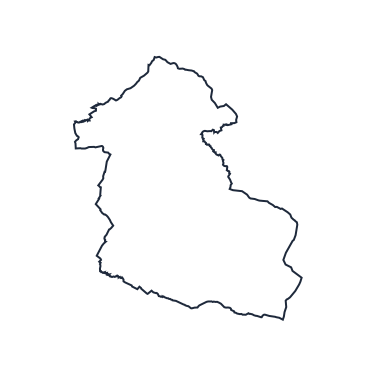 the district of Sinca, Brasov, Romania, rotated 294°
{"feature_id": "2599482B93620310031935", "entity_name": "Sinca", "entity_type": "district", "adm_level": 2, "iso_a3": "ROU", "parent_name": "Romania", "parent_adm1": "Brasov", "projection": "mercator", "projection_center": [25.18, 45.726], "detail": "fine", "context": "isolated", "style": "outline", "palette": "slate", "viewbox_px": 384, "rotation_deg": 294, "n_neighbors": 0, "source": "geoboundaries", "source_scale": "gbopen_adm2", "svg_char_len": 5899}
<svg xmlns="http://www.w3.org/2000/svg" viewBox="0 0 384 384"><g transform="rotate(294 192 192)"><path d="M205.0,301.5L207.0,300.1L207.4,298.2L207.8,297.6L208.1,295.9L209.0,293.3L211.4,290.9L212.4,287.6L213.5,280.9L212.6,279.9L212.9,275.5L212.1,274.1L213.0,271.1L213.4,266.7L214.2,264.8L211.7,257.5L211.4,256.1L211.1,252.1L209.9,248.1L210.1,246.6L212.0,243.4L213.1,237.4L210.3,228.6L210.1,225.2L212.3,225.1L214.0,224.5L215.9,224.9L216.6,223.9L218.8,221.7L220.6,218.9L221.3,218.8L224.1,219.3L224.4,218.2L225.6,218.0L226.1,217.2L225.8,216.3L226.1,214.9L227.1,214.8L227.8,214.4L229.1,214.1L229.7,213.6L229.7,213.0L229.3,212.3L228.9,210.9L229.5,209.2L231.3,209.0L233.0,207.5L234.0,207.7L234.3,206.5L235.5,205.8L236.5,203.7L237.3,202.9L237.5,202.2L237.3,201.8L236.2,201.4L236.2,199.1L237.1,197.3L237.8,197.4L237.5,195.9L237.8,194.9L238.7,195.2L239.2,194.9L238.9,194.2L239.5,192.8L240.2,192.1L240.4,191.1L241.4,190.3L241.2,189.5L242.3,188.5L242.2,187.9L241.7,187.6L241.3,186.3L241.7,186.0L241.5,185.2L242.6,184.7L242.7,183.9L243.3,182.9L242.9,181.7L244.0,181.5L244.4,180.8L245.4,181.0L245.8,179.3L248.2,178.5L248.7,178.0L248.6,177.5L249.2,177.4L248.9,176.9L251.4,177.3L252.6,178.2L253.1,178.9L253.7,181.3L255.1,183.9L255.4,184.9L257.4,185.7L257.4,186.9L255.5,188.0L255.9,188.1L256.8,189.9L256.8,190.5L256.4,191.5L258.9,192.3L260.3,193.8L262.6,192.1L263.4,193.0L265.0,193.4L265.3,193.9L266.4,193.5L267.0,195.2L267.7,195.6L267.8,196.2L267.3,196.4L267.6,197.4L270.5,201.2L270.0,199.8L270.7,199.6L272.1,202.6L273.8,204.2L275.8,203.0L279.3,202.5L281.2,200.4L283.6,195.3L286.0,187.4L283.5,186.1L281.5,183.0L279.4,181.3L282.6,176.7L284.3,172.5L286.6,170.7L293.3,169.0L294.4,167.8L295.6,163.1L296.0,162.2L297.6,160.2L298.8,159.3L299.2,157.7L301.3,155.3L301.4,153.4L300.7,151.6L300.8,150.6L302.2,148.6L302.6,145.5L303.1,144.8L302.8,142.2L301.9,139.4L301.3,136.8L300.9,136.0L301.2,135.4L301.0,133.4L299.4,130.3L299.3,128.8L300.6,127.8L302.1,125.8L302.5,124.8L302.6,123.7L302.2,122.5L300.3,120.3L300.6,116.8L301.9,113.9L301.5,111.5L302.2,107.3L301.6,106.2L300.3,104.6L300.1,103.0L297.1,103.3L295.1,102.3L293.5,102.3L290.5,101.6L290.4,100.6L284.3,103.0L282.9,102.8L278.7,100.8L275.3,98.3L272.2,98.2L269.7,97.1L268.7,97.0L265.6,95.9L261.8,93.6L259.3,90.7L257.1,89.5L253.3,88.9L251.2,88.1L250.7,88.8L249.7,88.7L248.4,87.7L245.9,86.4L244.7,85.3L245.1,82.2L245.0,80.5L244.7,79.7L244.1,79.3L242.7,79.2L241.6,78.6L240.6,78.7L238.3,76.8L236.6,76.0L235.6,74.8L235.4,73.4L235.2,73.2L235.3,72.5L234.8,72.1L234.7,71.6L234.2,71.8L234.0,71.5L234.3,70.8L233.6,71.1L232.6,70.3L233.3,70.2L233.2,69.8L232.5,69.5L232.3,69.0L231.7,69.1L231.7,68.7L231.4,68.6L231.2,68.1L228.2,66.1L228.2,66.8L228.9,68.7L229.0,70.4L227.2,71.2L225.8,69.7L221.2,66.7L219.5,69.9L218.5,69.0L217.0,68.5L216.3,68.7L215.7,69.3L215.2,68.2L214.8,68.0L215.5,67.7L215.6,67.0L214.9,66.7L214.6,65.8L213.7,65.7L213.5,65.2L213.7,64.7L212.7,64.6L212.6,64.0L212.8,63.5L212.4,63.4L211.8,63.8L211.4,63.2L211.7,62.5L211.9,62.4L211.6,62.1L210.8,62.4L210.5,61.9L210.4,61.1L209.4,60.5L209.1,59.4L209.3,59.0L209.0,58.1L209.4,57.2L208.9,56.5L208.6,57.0L207.8,57.2L205.7,56.7L202.2,58.7L198.4,61.4L196.5,64.0L196.6,64.6L196.0,66.2L193.9,66.4L192.0,65.2L190.2,64.7L189.0,65.8L184.5,68.1L186.6,72.2L186.8,73.5L188.2,76.6L189.3,77.9L191.1,79.5L193.4,84.2L193.5,85.6L197.3,90.8L197.4,91.5L197.1,92.2L196.2,93.1L194.9,93.3L193.5,94.0L192.8,95.8L193.9,99.4L193.2,100.7L193.1,102.2L185.1,101.8L176.2,104.2L175.0,104.4L174.9,103.9L170.3,104.4L168.4,105.4L166.8,105.3L159.9,103.7L159.6,104.9L159.1,105.8L159.2,106.8L151.8,109.4L151.6,109.9L148.1,109.4L148.0,109.9L141.8,109.0L139.0,115.5L138.1,115.5L136.3,118.5L135.7,121.0L136.1,121.5L135.8,123.4L135.0,125.3L133.1,128.3L131.4,130.2L129.2,133.7L126.2,132.8L124.3,131.9L124.0,131.5L118.2,131.3L115.6,130.5L114.8,130.8L114.2,130.7L113.2,131.5L113.0,132.1L111.8,132.4L111.4,132.8L111.5,133.4L109.0,132.3L106.3,131.6L95.0,130.9L94.1,134.8L93.8,135.6L93.0,136.5L90.6,135.6L90.2,137.3L88.7,137.2L88.4,137.7L87.1,138.5L84.5,139.1L82.2,140.3L82.2,140.6L82.6,141.1L81.9,141.7L82.2,142.3L82.1,142.5L82.2,143.1L82.0,143.3L82.5,143.9L82.2,143.8L82.1,144.0L82.6,144.7L82.3,144.7L82.5,145.7L82.9,145.9L82.9,146.2L82.7,146.0L82.6,146.3L83.1,146.5L83.4,147.0L82.9,147.0L83.0,147.5L82.4,147.7L83.0,148.2L83.0,149.2L82.4,149.2L82.7,149.6L82.2,149.4L82.3,150.1L82.6,150.0L82.5,150.6L82.2,150.5L82.2,151.1L82.1,150.8L81.7,151.0L81.5,151.7L81.9,152.7L81.8,153.5L82.9,154.7L83.0,155.9L84.0,156.7L83.9,156.9L84.5,157.4L85.1,157.5L85.3,157.8L85.1,158.7L84.5,159.1L84.7,159.7L84.4,159.8L84.6,159.9L84.6,160.9L84.9,161.0L84.5,161.5L84.6,161.9L84.8,162.1L84.6,162.3L84.8,162.7L85.3,162.8L85.1,163.1L85.3,163.3L84.2,165.0L82.5,165.8L82.2,167.8L82.1,174.9L81.3,175.7L81.0,181.6L84.1,182.5L83.6,184.4L83.0,185.0L80.9,192.0L80.9,192.9L85.4,195.2L84.6,197.5L85.0,200.4L85.4,200.8L85.0,202.2L83.4,204.0L83.7,205.3L83.6,206.2L84.1,207.2L84.5,207.2L84.2,207.9L84.9,208.2L85.0,208.6L84.7,209.6L84.8,212.5L85.2,213.3L85.0,214.5L85.4,215.5L85.2,216.4L85.4,217.8L85.1,218.2L86.0,221.6L85.8,230.1L86.0,231.3L85.7,231.9L85.9,234.1L86.2,235.2L85.4,238.2L85.6,239.1L87.5,241.5L88.7,244.0L90.8,244.5L91.6,245.0L97.6,250.0L98.5,251.2L100.0,254.4L100.0,255.7L100.7,256.4L101.2,258.4L101.9,259.6L101.9,261.6L101.7,263.9L99.9,268.4L100.2,270.0L101.2,272.1L101.6,273.6L101.3,274.9L100.2,275.7L100.1,279.0L99.2,279.7L99.5,281.2L99.3,282.6L99.9,285.4L100.7,286.8L100.5,288.1L101.8,291.1L104.2,292.9L103.9,293.9L104.3,294.4L104.8,296.9L104.6,298.7L104.9,301.0L105.2,301.5L105.7,306.1L106.0,306.6L107.8,306.8L109.2,307.7L109.6,308.5L110.2,313.0L111.8,318.7L111.9,319.9L112.6,322.9L112.3,326.9L115.6,326.6L119.9,325.4L125.2,324.9L130.8,321.8L132.3,322.2L133.5,323.2L135.7,324.4L143.5,326.6L151.1,327.5L154.2,327.5L158.3,327.0L160.8,315.9L163.5,313.2L163.8,307.0L167.1,303.1L174.7,302.5L188.3,303.8L189.6,304.5L194.7,304.2L205.0,301.5Z" fill="none" stroke="#1e293b" stroke-width="2"/></g></svg>